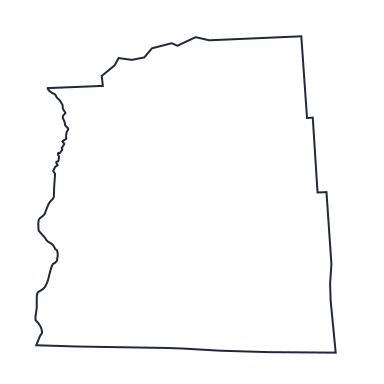 the district of Clinton, New York, United States of America, rotated 183°
{"feature_id": "52423323B88569310946047", "entity_name": "Clinton", "entity_type": "district", "adm_level": 2, "iso_a3": "USA", "parent_name": "United States of America", "parent_adm1": "New York", "projection": "natural_earth1", "projection_center": [-73.439, 44.72], "detail": "fine", "context": "isolated", "style": "outline", "palette": "slate", "viewbox_px": 384, "rotation_deg": 183, "n_neighbors": 0, "source": "geoboundaries", "source_scale": "gbopen_adm2", "svg_char_len": 1687}
<svg xmlns="http://www.w3.org/2000/svg" viewBox="0 0 384 384"><g transform="rotate(183 192 192)"><path d="M91.0,353.2L182.7,344.4L196.5,346.8L214.2,337.3L220.1,339.5L239.5,333.4L246.7,323.9L259.0,320.8L272.3,321.9L275.9,314.4L288.2,303.2L286.6,293.3L341.5,288.2L341.5,287.5L339.7,285.4L336.5,283.4L334.3,282.6L333.6,282.0L332.1,279.5L331.5,278.9L329.0,276.7L325.9,272.3L325.3,268.6L324.4,266.9L322.6,264.6L322.7,263.9L324.3,262.1L324.8,261.2L325.0,260.2L324.8,258.9L323.1,255.8L322.1,251.9L319.1,249.1L318.9,248.5L319.0,247.8L320.2,245.5L320.5,243.7L320.8,241.4L320.3,238.9L320.4,238.5L323.5,236.3L324.0,235.7L322.0,233.3L324.3,229.3L324.3,228.8L323.8,228.0L323.8,227.2L326.0,224.1L326.4,223.9L327.5,224.0L327.9,223.4L327.7,222.0L326.6,220.5L327.0,216.0L327.3,215.6L329.0,215.1L328.9,213.6L327.9,212.2L327.7,211.6L329.8,210.1L331.6,206.2L331.6,205.7L329.7,203.0L329.9,188.9L329.7,180.0L330.5,178.1L333.2,174.9L334.6,172.5L337.1,165.3L337.8,162.7L339.0,160.9L342.8,157.6L343.6,155.9L343.9,153.9L343.5,148.1L343.3,146.5L342.9,145.1L336.4,138.6L335.0,136.4L334.3,135.8L333.0,134.8L329.6,133.0L327.9,131.5L327.2,130.6L325.4,127.6L323.9,127.0L323.6,126.6L322.8,122.7L322.8,120.6L323.4,116.1L325.2,114.0L326.9,113.1L328.1,110.7L329.3,106.1L331.1,97.0L332.0,93.8L333.0,91.5L333.8,89.7L334.9,88.2L337.4,86.0L339.6,84.6L340.4,84.1L341.3,82.4L341.5,78.9L341.0,68.2L341.8,58.7L341.6,56.3L341.4,55.7L338.8,53.2L336.4,50.0L335.2,47.5L334.7,45.6L334.4,43.8L335.0,42.2L336.4,39.9L339.5,30.8L298.2,31.7L209.7,34.9L194.1,35.2L155.8,35.0L107.0,36.1L40.1,39.1L47.8,90.3L49.3,107.7L49.0,127.2L57.7,198.9L66.6,198.1L75.3,272.6L81.0,271.9L91.0,353.2Z" fill="none" stroke="#1e293b" stroke-width="2"/></g></svg>